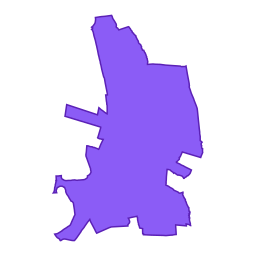 the district of Letcani, Iasi, Romania
{"feature_id": "2599482B61117657494910", "entity_name": "Letcani", "entity_type": "district", "adm_level": 2, "iso_a3": "ROU", "parent_name": "Romania", "parent_adm1": "Iasi", "projection": "natural_earth1", "projection_center": [27.401, 47.196], "detail": "fine", "context": "isolated", "style": "filled", "palette": "violet", "viewbox_px": 256, "rotation_deg": 0, "n_neighbors": 0, "source": "geoboundaries", "source_scale": "gbopen_adm2", "svg_char_len": 5743}
<svg xmlns="http://www.w3.org/2000/svg" viewBox="0 0 256 256"><path d="M190.6,225.5L190.2,224.3L190.4,224.0L190.3,223.3L189.6,220.9L189.4,218.8L189.8,218.0L189.7,217.9L189.5,218.2L189.3,217.8L189.1,217.6L189.0,217.1L189.1,216.8L189.4,216.2L189.2,215.8L188.9,215.5L189.2,215.3L189.3,214.9L189.0,214.3L189.3,214.3L189.5,214.4L189.8,213.9L189.3,213.6L189.3,213.3L189.5,212.9L189.6,212.6L190.0,212.2L189.7,211.8L189.7,211.4L189.1,211.2L188.9,209.3L188.8,208.9L188.9,208.6L188.8,207.6L188.5,207.5L188.2,207.0L186.8,204.2L186.4,203.1L186.4,202.9L186.0,201.7L185.9,201.6L185.7,201.5L185.5,200.8L185.5,200.7L185.3,200.1L185.4,199.7L185.2,199.2L184.3,198.2L184.3,197.8L183.9,197.5L183.8,197.0L183.5,196.5L183.4,196.0L183.1,195.7L183.0,195.4L182.8,195.1L182.8,194.7L182.6,194.3L182.7,194.0L182.9,193.7L182.9,193.0L183.0,192.7L182.9,192.2L181.6,192.7L180.7,193.0L179.7,193.2L179.3,193.1L179.0,193.0L178.5,192.4L177.9,192.0L174.1,190.3L173.7,190.0L173.5,189.5L172.2,188.5L169.9,187.3L168.6,186.3L165.8,185.0L166.2,182.9L166.0,182.6L166.3,179.7L166.4,176.8L167.1,169.4L168.3,169.5L169.4,169.8L169.9,169.9L170.4,170.2L171.1,171.0L173.3,172.5L173.6,173.2L174.1,172.9L174.5,172.9L177.0,174.7L178.0,175.2L178.7,175.0L181.1,175.7L182.2,176.2L182.5,176.5L183.4,177.7L183.7,177.9L183.7,178.3L184.2,178.3L184.6,177.8L185.2,177.3L186.0,177.0L187.0,176.0L187.4,175.7L187.8,175.8L189.3,174.4L190.2,173.2L191.4,170.0L188.5,168.5L188.0,168.3L185.0,166.8L183.3,165.8L181.5,165.1L179.8,164.0L176.9,162.7L176.5,162.5L176.4,162.0L177.7,160.9L178.5,160.0L179.2,159.5L179.3,159.3L179.4,158.7L179.4,158.4L179.2,158.0L179.2,157.5L179.5,157.2L180.1,157.0L182.3,152.0L200.7,157.5L201.2,156.0L202.7,152.5L202.5,151.1L202.6,148.7L201.9,148.5L201.5,146.3L201.7,145.6L201.4,145.3L201.2,144.5L201.2,143.4L202.1,142.2L200.9,141.1L200.4,140.8L200.3,140.6L200.2,140.4L200.2,136.4L199.7,133.7L199.7,132.0L199.3,128.8L199.0,125.9L198.5,121.2L197.5,111.1L197.2,108.7L197.1,108.2L196.2,105.6L194.3,100.8L193.6,98.7L191.3,93.3L190.7,91.5L190.3,90.1L189.2,87.1L189.4,85.4L189.2,84.6L189.2,83.9L188.9,82.0L187.4,74.2L186.0,66.0L185.1,66.5L181.2,66.6L180.3,66.1L165.6,65.1L160.4,64.4L155.0,64.2L153.0,64.0L147.5,64.4L147.5,63.4L147.8,61.8L147.2,59.0L147.2,58.5L146.5,57.6L146.7,56.8L146.1,55.6L146.0,55.0L145.1,52.8L144.7,52.5L143.7,50.2L142.5,50.2L142.1,49.0L141.4,47.9L141.4,47.5L141.5,47.4L141.6,46.8L140.6,44.8L140.6,44.6L139.2,43.6L138.8,43.1L138.5,42.5L138.3,41.7L138.4,41.3L138.1,40.8L136.9,38.9L136.9,38.5L136.2,37.4L135.8,36.4L136.0,36.1L135.9,35.9L135.0,35.1L133.9,34.1L133.5,33.2L132.3,32.5L132.1,31.3L130.9,30.0L130.4,28.9L129.7,28.1L129.2,27.2L128.4,26.7L118.8,29.9L117.7,28.2L116.6,27.5L116.2,27.0L116.2,26.7L116.4,25.4L116.2,24.1L114.6,21.3L112.6,18.2L112.5,17.5L112.1,16.4L111.6,15.4L105.0,16.3L101.3,16.6L95.4,17.5L95.6,19.4L95.5,20.1L95.3,21.8L95.1,22.7L94.6,23.8L93.8,24.9L93.2,25.8L91.6,27.2L92.7,27.9L92.4,28.4L92.5,28.8L92.2,28.9L91.6,29.3L92.2,29.9L92.7,30.9L93.2,32.1L94.0,35.9L95.3,40.3L96.4,45.2L96.6,45.8L97.0,47.8L97.6,50.5L98.5,55.2L98.7,55.7L99.6,59.7L100.0,60.9L100.2,61.7L100.4,63.3L101.0,65.5L101.7,69.1L103.7,77.0L104.0,77.3L104.3,77.9L104.6,79.3L105.2,82.9L107.3,93.6L107.4,94.9L105.7,95.0L105.9,96.4L106.4,101.2L106.7,102.7L106.8,104.5L107.1,105.3L107.2,109.9L107.1,113.8L106.4,113.5L104.8,112.4L102.3,110.4L101.6,110.1L100.8,109.4L99.4,108.1L98.9,107.7L97.5,114.8L66.7,104.6L65.0,116.3L100.7,127.1L100.7,127.8L99.4,132.2L98.1,136.6L97.6,137.7L97.8,138.0L99.5,138.8L100.5,138.9L101.5,139.2L102.6,139.3L103.2,139.4L100.9,144.1L99.0,148.8L98.6,149.3L97.7,148.8L94.4,147.5L94.1,147.4L93.2,147.5L92.7,147.0L92.0,146.8L90.1,146.6L88.2,145.9L87.3,145.8L86.8,145.8L86.3,152.0L85.9,154.8L86.0,156.2L86.8,158.3L90.1,167.6L90.4,168.2L90.5,168.6L90.6,169.9L90.9,171.0L91.0,172.2L90.8,172.7L89.8,174.3L89.0,175.0L87.4,175.9L87.5,176.9L87.4,177.4L86.9,178.1L84.8,179.5L84.1,179.5L83.7,179.7L78.9,180.1L78.3,180.1L77.4,180.3L75.9,180.2L74.9,179.9L72.2,180.1L71.9,180.2L70.8,180.4L68.5,180.4L66.2,180.6L65.2,180.5L64.0,180.2L63.4,179.6L62.5,179.4L62.1,178.9L61.7,178.3L61.3,177.4L61.3,175.6L58.2,176.0L56.9,176.0L56.1,176.0L56.2,178.5L56.5,180.5L55.9,180.5L56.0,181.7L55.6,183.6L55.3,184.6L55.2,186.1L54.7,187.4L54.5,189.8L54.1,191.5L53.8,192.1L53.3,192.9L56.7,192.7L56.3,191.5L56.2,190.5L56.3,190.0L56.7,189.1L57.0,188.1L57.5,187.6L59.4,186.5L60.1,186.2L62.0,186.2L62.7,186.4L63.8,187.2L64.5,187.3L65.6,189.9L65.7,190.2L65.7,191.4L65.9,192.2L66.7,194.1L68.4,196.5L69.3,198.3L70.5,200.1L70.8,200.9L71.3,201.2L71.9,201.4L72.2,201.6L72.9,202.3L73.3,202.9L74.4,209.7L74.6,211.8L75.0,214.6L74.9,214.8L73.6,217.4L73.2,218.6L72.4,220.1L72.2,220.8L71.8,221.5L71.1,223.3L70.2,225.1L68.4,226.4L67.9,226.6L66.6,227.6L64.0,229.2L62.1,230.6L62.1,230.8L57.8,233.4L56.7,233.8L54.7,234.1L55.5,235.5L57.1,237.5L57.5,237.8L59.0,238.7L59.4,239.0L59.7,239.5L60.0,240.2L60.3,240.6L60.8,240.6L62.1,239.7L62.8,239.3L63.2,239.2L64.0,239.0L65.4,239.1L72.1,240.5L74.3,240.6L74.6,240.4L75.2,239.7L76.5,238.1L81.1,231.5L81.2,231.0L81.4,230.7L84.0,227.5L84.6,226.5L87.5,222.3L89.8,219.4L90.2,220.6L90.6,221.7L94.8,229.6L95.6,231.4L96.7,233.2L109.1,227.7L110.8,227.1L111.5,226.9L127.9,226.0L127.9,224.8L127.9,224.7L128.9,223.5L129.4,222.9L129.7,221.8L129.6,221.1L128.6,218.4L128.4,218.2L131.5,217.4L136.9,216.3L136.9,216.5L137.2,217.1L137.3,217.4L137.5,217.5L137.6,219.8L137.7,220.4L137.9,220.9L138.0,222.0L138.5,223.4L138.5,224.4L138.6,224.7L139.1,225.7L139.7,228.0L142.6,228.6L142.6,230.2L142.6,231.3L142.7,233.7L143.5,233.8L143.5,234.7L151.3,235.1L163.0,235.4L166.0,235.6L171.0,235.1L172.2,235.1L174.1,234.7L176.2,234.5L175.9,229.1L175.7,226.9L175.7,224.9L186.4,225.9L186.4,225.4L186.1,224.3L186.1,223.9L189.2,224.6L190.3,225.5L190.6,225.5Z" fill="#8b5cf6" stroke="#5b21b6" stroke-width="1.5"/></svg>